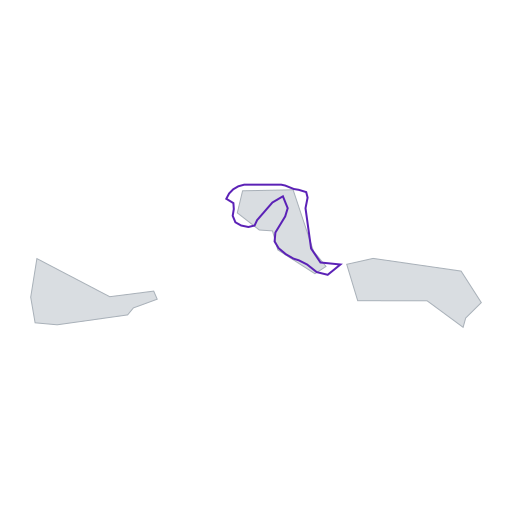 location of North Caicos within Turks and Caicos Islands
{"feature_id": "TCA-5004", "entity_name": "North Caicos", "entity_type": "state/province", "adm_level": 1, "iso_a3": "TCA", "parent_name": "Turks and Caicos Islands", "parent_adm1": "", "projection": "albers", "projection_center": [-71.96, 21.894], "detail": "fine", "context": "in_parent", "style": "outline", "palette": "violet", "viewbox_px": 512, "rotation_deg": 0, "n_neighbors": 0, "source": "natural_earth", "source_scale": "10m", "svg_char_len": 978}
<svg xmlns="http://www.w3.org/2000/svg" viewBox="0 0 512 512"><path d="M465.7,318.0L463.1,327.3L427.1,300.8L357.7,300.7L346.7,264.3L373.1,258.4L461.1,271.1L481.3,302.6L465.7,318.0ZM36.9,258.6L109.7,296.7L153.7,291.1L157.2,299.2L133.4,307.9L127.6,314.9L57.2,324.8L35.1,322.8L30.7,297.2L36.9,258.6ZM326.0,266.4L314.9,273.7L277.8,249.9L272.5,230.9L259.3,230.0L237.3,212.9L242.6,190.8L293.1,189.8L313.5,251.2L326.0,266.4Z" fill="#d9dde1" stroke="#a8b0b8" stroke-width="1"/><path d="M235.4,222.3L232.7,215.8L233.8,209.1L233.4,203.1L226.3,198.8L229.1,193.5L233.2,189.3L238.3,186.3L244.1,184.7L281.3,184.7L285.1,185.5L293.8,189.0L298.7,189.8L306.2,192.1L307.6,197.6L305.5,208.2L311.1,248.5L320.5,262.5L340.4,264.5L327.7,274.8L316.7,272.1L307.1,264.5L298.8,260.3L293.4,258.6L285.8,254.2L278.6,248.2L274.6,241.5L275.4,232.5L285.2,216.4L287.7,208.2L282.9,196.3L272.4,202.5L257.1,220.1L254.6,225.5L248.4,227.0L241.1,225.5L235.4,222.3Z" fill="none" stroke="#5b21b6" stroke-width="2"/></svg>